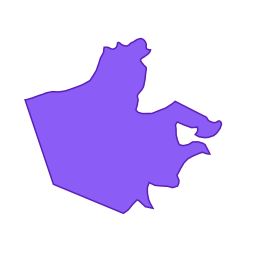 the district of En Pois Doux/Babonneau, Castries, Saint Lucia, rotated 340°
{"feature_id": "8701671B38196244900111", "entity_name": "En Pois Doux/Babonneau", "entity_type": "district", "adm_level": 2, "iso_a3": "LCA", "parent_name": "Saint Lucia", "parent_adm1": "Castries", "projection": "mercator", "projection_center": [-60.937, 13.989], "detail": "fine", "context": "isolated", "style": "filled", "palette": "violet", "viewbox_px": 256, "rotation_deg": 340, "n_neighbors": 0, "source": "geoboundaries", "source_scale": "gbopen_adm2", "svg_char_len": 5320}
<svg xmlns="http://www.w3.org/2000/svg" viewBox="0 0 256 256"><g transform="rotate(340 128 128)"><path d="M148.3,44.4L148.1,44.3L147.8,44.3L147.6,44.3L147.3,44.5L147.2,44.6L147.0,44.9L146.8,45.4L146.6,45.8L146.4,46.2L145.8,46.9L145.7,47.1L145.3,47.6L145.0,47.8L144.8,48.0L144.5,48.1L144.3,48.3L144.0,48.4L143.6,48.5L143.3,48.7L143.1,48.7L142.8,48.8L142.6,48.8L142.3,48.8L142.0,48.8L141.1,48.8L140.9,48.8L140.7,48.7L140.3,48.6L140.2,48.5L140.1,48.4L139.7,48.2L139.3,47.9L139.1,47.7L138.6,47.2L138.1,46.6L137.9,46.4L137.7,46.3L137.5,46.0L137.3,45.8L137.0,45.6L136.5,45.3L136.4,45.2L136.2,45.1L135.9,44.9L135.7,44.9L134.9,44.6L134.7,44.4L134.4,44.3L133.8,44.2L133.2,44.0L132.3,45.6L130.8,48.7L126.0,52.9L122.7,57.3L117.9,63.1L114.1,66.2L108.5,70.4L102.7,71.4L98.1,71.9L87.5,71.9L81.7,71.7L75.1,70.4L69.5,68.0L62.9,67.0L59.6,67.2L56.1,67.0L47.7,67.0L42.4,66.7L40.9,66.4L38.7,155.4L94.5,206.6L99.0,205.4L100.8,204.7L106.2,201.4L112.0,198.6L113.6,200.4L117.4,207.9L124.0,212.0L123.0,205.8L122.9,202.2L124.0,195.7L125.8,190.6L129.2,186.5L133.7,191.1L139.0,193.6L145.4,196.4L149.6,199.3L154.7,199.5L156.7,197.4L158.0,194.7L157.8,189.1L159.3,188.0L163.6,184.0L168.5,180.0L173.5,177.5L178.5,176.6L184.6,176.2L189.5,176.2L193.3,179.2L196.0,180.5L196.0,179.5L195.8,177.8L195.4,175.0L194.7,170.0L193.5,168.3L189.4,165.1L184.0,163.2L179.3,164.2L174.3,163.6L171.6,162.1L170.4,160.7L170.3,156.1L170.9,150.9L172.9,145.0L173.7,141.2L176.4,139.2L181.2,143.8L187.8,149.4L193.6,151.0L192.4,154.8L188.9,157.2L191.8,160.6L197.0,163.4L200.4,164.3L206.2,164.4L210.0,162.9L214.6,159.7L214.8,159.3L214.9,159.2L215.0,159.1L215.3,158.8L215.7,158.2L216.2,157.7L216.5,157.3L216.6,157.2L216.9,156.8L216.9,156.6L217.0,156.4L217.2,156.2L217.2,155.9L217.3,155.6L217.3,155.2L217.3,154.7L217.2,154.3L217.1,154.0L217.1,153.7L216.8,153.2L216.7,153.0L216.5,152.8L216.2,152.7L215.9,152.5L215.6,152.4L215.1,152.4L214.7,152.4L214.3,152.5L213.8,152.7L213.6,152.7L213.2,152.8L212.2,152.8L211.8,152.7L211.1,152.5L210.4,152.2L210.1,152.1L209.7,151.9L209.5,151.7L209.3,151.5L208.9,151.2L208.1,150.5L207.9,150.3L207.6,150.0L207.4,149.9L207.0,149.5L206.7,149.2L206.4,148.7L206.1,148.1L206.0,147.8L205.9,147.5L205.9,147.4L205.6,146.5L205.6,146.1L205.5,145.6L205.5,145.3L205.5,144.9L181.4,119.1L177.8,120.4L170.3,122.1L162.3,122.3L155.4,122.5L146.3,119.3L142.8,116.7L141.7,114.0L141.7,113.9L141.8,113.5L141.9,113.3L142.0,113.1L142.1,112.9L142.5,112.4L143.0,111.7L143.8,110.6L144.0,110.3L144.2,110.0L145.1,108.7L145.3,108.2L145.5,107.8L145.7,107.5L145.9,107.1L146.0,107.0L146.3,106.6L146.5,106.4L146.7,105.9L146.8,105.8L146.9,105.5L147.0,105.3L147.0,105.1L147.2,104.4L147.3,103.7L147.4,103.3L147.4,103.1L147.4,102.4L147.5,102.2L147.6,101.7L147.7,101.3L147.7,101.1L147.9,100.9L148.1,100.6L148.3,100.4L148.5,100.1L149.4,99.4L149.8,99.2L150.0,99.0L150.3,98.9L150.8,98.6L151.2,98.4L151.6,98.2L152.2,97.8L152.5,97.6L152.9,97.3L153.3,97.2L153.6,97.0L153.8,96.8L154.1,96.7L154.4,96.4L154.8,96.2L155.1,95.9L155.7,95.4L156.3,94.8L156.8,94.4L156.9,94.2L157.0,94.1L157.2,93.7L157.6,93.1L158.2,92.1L158.8,91.1L159.2,90.5L159.4,90.1L159.5,90.0L160.1,89.0L160.2,88.9L160.4,88.5L160.7,88.0L160.8,87.8L161.1,87.4L161.2,87.1L161.4,86.7L161.5,86.5L161.6,86.1L161.8,85.7L162.1,85.0L162.2,84.8L162.7,83.8L162.8,83.6L163.1,83.0L163.4,82.4L163.5,82.2L163.7,81.8L163.9,81.4L164.1,81.0L164.4,80.6L164.5,80.4L165.0,79.5L165.2,79.2L165.3,79.1L165.4,78.7L165.5,78.3L165.6,77.9L165.7,77.5L165.6,77.3L165.6,77.1L165.5,76.9L165.4,76.3L165.1,75.8L164.7,75.1L164.5,74.7L164.3,74.4L164.2,74.1L164.1,73.7L164.0,73.2L163.8,72.6L163.6,72.0L163.4,71.6L163.1,70.7L163.0,70.1L162.9,69.7L162.9,69.3L162.9,69.2L163.0,69.0L163.0,68.9L163.1,68.6L163.2,68.3L163.2,68.2L163.3,68.1L163.4,67.9L163.5,67.8L163.7,67.7L163.9,67.5L164.0,67.5L164.3,67.4L164.7,67.2L165.2,67.1L165.7,67.0L166.1,66.9L166.8,66.8L167.1,66.7L167.4,66.7L168.2,66.4L168.4,66.4L169.5,66.1L170.1,65.9L170.8,65.7L171.3,65.6L171.6,65.5L171.9,65.4L172.3,65.2L172.6,65.0L172.9,64.9L173.0,64.8L173.7,64.5L173.8,64.4L174.1,64.2L174.3,64.1L174.5,63.9L174.7,63.7L174.8,63.6L175.5,63.0L175.9,62.2L175.6,62.1L175.1,61.9L174.9,61.8L174.7,61.8L174.5,61.6L174.3,61.5L174.2,61.4L174.0,61.2L173.2,60.6L172.9,60.4L172.7,60.1L172.6,59.9L172.5,59.6L172.5,59.3L172.5,59.1L172.6,58.9L172.8,58.3L172.8,58.1L173.0,57.5L173.1,57.4L173.2,57.1L173.4,56.6L173.5,56.2L173.6,55.9L173.7,55.6L173.8,55.1L173.9,54.4L173.8,54.0L173.8,53.6L173.8,53.3L173.7,53.0L173.6,52.5L173.6,52.3L173.5,51.9L173.4,51.7L173.1,50.9L172.8,50.4L172.6,50.1L172.4,49.8L172.2,49.6L172.0,49.4L171.7,49.1L171.2,48.7L170.7,48.4L170.4,48.3L170.2,48.3L170.1,48.2L169.8,48.2L169.5,48.1L169.0,48.1L168.9,48.1L168.7,48.1L167.9,48.0L166.7,48.0L166.4,48.1L166.2,48.1L165.7,48.2L165.1,48.3L164.2,48.5L163.9,48.6L163.7,48.7L163.1,48.9L162.9,48.9L162.6,49.0L162.3,49.0L162.1,49.0L161.9,49.0L161.7,49.0L161.4,49.0L161.1,49.0L160.7,49.0L160.4,49.0L159.9,49.1L159.4,49.3L159.1,49.4L158.1,49.9L157.6,50.2L157.4,50.2L157.2,50.3L156.8,50.4L156.2,50.4L156.0,50.5L155.8,50.5L155.5,50.5L155.2,50.5L154.9,50.5L154.4,50.3L154.1,50.2L153.8,50.1L153.5,50.0L153.4,50.0L153.0,49.7L152.8,49.6L152.6,49.4L152.1,48.9L151.8,48.6L151.5,48.4L151.3,48.2L151.2,48.1L150.6,47.7L150.4,47.4L150.2,46.9L150.0,46.5L149.5,45.6L149.3,45.2L149.2,45.1L148.8,44.7L148.5,44.4L148.3,44.4Z" fill="#8b5cf6" stroke="#5b21b6" stroke-width="1.5"/></g></svg>